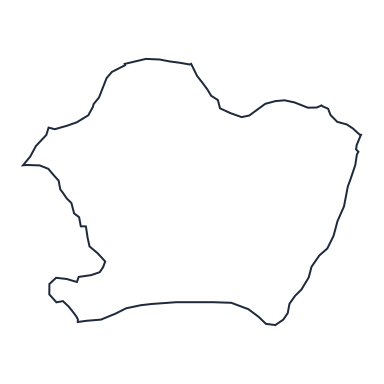 the district of Troulloi, Larnaca, Cyprus
{"feature_id": "46923920B28470702945457", "entity_name": "Troulloi", "entity_type": "district", "adm_level": 2, "iso_a3": "CYP", "parent_name": "Cyprus", "parent_adm1": "Larnaca", "projection": "robinson", "projection_center": [33.619, 35.026], "detail": "fine", "context": "isolated", "style": "outline", "palette": "slate", "viewbox_px": 384, "rotation_deg": 0, "n_neighbors": 0, "source": "geoboundaries", "source_scale": "gbopen_adm2", "svg_char_len": 1528}
<svg xmlns="http://www.w3.org/2000/svg" viewBox="0 0 384 384"><path d="M77.8,322.0L86.4,320.8L101.0,319.6L110.2,315.8L115.2,313.8L126.1,308.3L140.9,305.2L151.4,304.0L176.2,302.2L192.9,302.2L213.1,302.2L231.3,302.8L248.4,309.2L258.6,316.8L266.0,323.9L274.3,324.9L275.3,325.1L283.3,319.6L287.7,313.2L289.5,303.7L295.1,295.8L301.3,289.7L308.7,277.5L311.5,266.8L319.3,255.5L327.3,248.5L333.5,236.0L335.6,228.3L337.5,221.1L344.0,206.4L347.8,186.6L351.0,177.8L355.3,165.0L356.9,154.4L358.4,151.8L356.1,149.4L356.7,145.0L360.7,135.4L361.0,134.8L360.5,134.7L359.7,134.7L352.8,128.4L346.9,124.5L337.2,121.8L330.5,115.0L328.1,108.7L322.3,106.2L321.6,105.4L316.8,107.5L307.9,107.7L294.4,102.4L284.6,100.3L275.5,101.1L265.3,103.8L258.0,109.1L249.3,115.5L241.6,117.1L230.1,113.0L220.0,108.3L217.9,100.1L211.1,95.7L207.5,89.6L202.2,82.5L197.0,75.8L193.6,68.8L191.1,63.8L189.7,64.5L180.0,62.8L169.5,61.4L159.7,59.5L145.8,58.9L135.3,61.4L124.7,63.9L125.1,65.2L111.9,71.9L106.6,78.1L99.0,97.5L93.6,104.1L92.9,106.9L88.3,115.3L76.6,122.4L66.8,125.8L54.8,129.2L48.6,127.6L46.3,135.0L36.0,145.9L30.2,156.6L23.0,165.3L26.8,165.0L39.6,165.4L48.3,168.8L53.6,175.1L58.6,180.6L60.3,189.5L62.9,192.8L66.7,198.4L71.4,203.0L74.1,213.4L79.1,217.2L80.8,226.3L85.9,226.4L87.6,237.7L89.5,246.4L97.7,253.3L105.2,261.5L103.1,267.2L99.7,272.2L91.3,275.1L78.7,276.9L76.9,282.0L66.8,279.0L56.1,277.8L49.4,284.0L49.3,294.4L56.4,302.3L62.9,301.1L68.7,306.6L73.4,312.5L76.3,316.4L77.9,319.4L77.8,320.9L77.8,322.0Z" fill="none" stroke="#1e293b" stroke-width="2"/></svg>